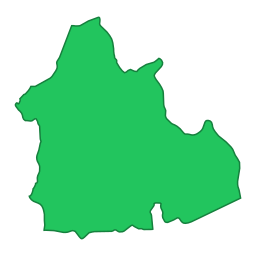 SVG path tracing the border of Nana-Mambéré
{"feature_id": "CAF-804", "entity_name": "Nana-Mambéré", "entity_type": "Prefecture", "adm_level": 1, "iso_a3": "CAF", "parent_name": "Central African Republic", "parent_adm1": "", "projection": "natural_earth1", "projection_center": [15.312, 5.849], "detail": "fine", "context": "isolated", "style": "filled", "palette": "green", "viewbox_px": 256, "rotation_deg": 0, "n_neighbors": 0, "source": "natural_earth", "source_scale": "10m", "svg_char_len": 3357}
<svg xmlns="http://www.w3.org/2000/svg" viewBox="0 0 256 256"><path d="M35.3,86.4L50.3,78.1L52.0,76.5L55.9,70.7L57.0,68.4L57.2,67.1L57.2,65.8L56.7,62.9L57.0,61.5L59.6,57.3L71.7,25.7L73.4,25.7L75.8,26.0L78.7,25.9L79.9,25.7L80.8,25.3L88.4,21.0L98.4,17.3L99.1,17.4L99.6,18.0L99.9,19.5L99.9,20.8L99.6,23.8L99.8,24.7L100.8,26.1L106.9,32.0L109.7,35.7L111.6,38.9L112.3,41.1L112.8,43.0L113.6,48.7L113.7,51.8L113.9,53.1L114.0,54.2L114.5,56.0L114.6,57.4L114.8,58.0L115.3,58.7L116.4,59.8L116.7,60.5L116.7,61.3L116.6,62.1L116.8,62.9L119.5,67.4L122.2,70.8L124.5,72.7L126.3,72.1L128.1,70.5L130.5,69.5L133.6,70.9L134.7,71.3L136.9,71.5L138.1,69.9L139.8,68.4L146.3,64.5L153.8,62.3L155.1,61.5L157.1,59.9L157.7,59.5L158.1,59.1L158.4,58.6L158.9,58.4L159.8,58.7L161.5,60.2L162.6,62.6L162.4,64.6L161.2,66.7L155.5,72.9L154.6,74.4L154.2,75.6L154.7,77.2L156.1,79.6L159.6,84.3L161.6,87.7L163.0,90.9L163.3,93.5L163.7,104.5L164.1,106.7L165.4,109.6L165.7,110.6L165.4,115.6L165.8,117.3L166.7,118.8L171.2,123.2L172.4,124.0L174.8,125.0L177.2,126.4L180.1,128.8L183.5,132.8L184.6,133.8L185.4,134.1L187.8,134.1L189.5,134.4L191.9,135.0L194.0,134.9L196.3,134.2L198.3,133.0L200.2,131.6L201.7,130.1L202.8,128.3L205.0,122.2L205.8,121.0L206.9,120.5L208.4,120.5L210.1,121.0L211.5,122.3L212.3,124.7L212.6,126.8L213.4,129.0L215.1,131.7L218.5,135.9L226.1,142.0L231.2,147.2L232.8,149.5L235.2,155.2L237.4,158.5L239.5,162.3L239.7,168.3L237.6,181.3L237.6,184.3L237.9,186.5L239.1,190.2L240.6,198.1L191.5,221.7L188.1,222.9L185.3,223.3L183.3,223.0L181.8,221.9L180.8,220.7L179.5,218.7L178.8,218.1L177.7,217.8L176.7,218.2L173.7,219.9L167.7,222.4L166.0,222.3L164.8,221.6L162.8,217.8L162.6,216.9L162.5,215.8L162.5,215.1L162.6,214.3L162.8,213.6L162.8,212.8L162.7,212.0L162.3,210.8L161.0,208.0L160.8,207.0L160.7,206.0L161.0,203.7L160.3,203.1L159.1,203.0L155.9,202.9L154.7,203.2L154.1,203.5L154.1,204.1L154.1,205.0L153.7,206.0L150.7,210.3L150.3,211.1L150.1,212.0L150.3,212.7L150.7,213.4L151.2,214.3L151.5,215.6L152.8,229.2L152.1,229.4L144.1,229.5L143.3,229.4L142.2,228.9L141.6,228.7L140.8,228.7L138.7,228.8L134.3,226.5L133.0,225.5L132.4,225.2L131.8,225.3L130.7,225.9L124.2,231.0L123.3,231.4L122.6,231.7L119.6,231.9L118.8,231.7L118.3,231.5L115.9,230.0L114.7,229.9L114.0,230.2L113.3,230.7L111.7,231.3L94.5,231.6L91.9,232.0L89.0,232.8L84.5,237.1L82.8,238.4L81.8,238.7L81.1,238.5L80.6,238.1L79.3,236.7L75.5,231.7L75.4,231.5L74.0,230.9L72.8,230.6L71.6,230.8L67.8,232.1L65.7,232.4L63.5,232.4L54.1,230.6L45.5,230.2L44.1,230.3L44.1,229.7L44.8,225.2L44.4,220.5L44.4,214.3L43.9,211.6L43.2,208.8L42.0,206.2L40.3,204.3L38.1,203.1L33.6,201.3L31.4,199.7L29.7,197.5L29.3,196.2L30.2,195.9L31.4,194.6L32.3,192.5L32.9,190.4L33.1,188.8L33.6,188.3L34.7,186.4L35.6,184.3L35.6,183.4L37.0,182.8L37.5,181.4L37.3,177.9L37.7,175.9L39.2,172.5L39.6,171.2L39.7,167.5L39.6,166.0L38.9,164.1L37.4,161.2L36.9,159.5L36.7,157.4L37.0,155.5L38.9,150.0L40.3,143.3L41.0,141.5L40.3,139.1L39.6,126.0L38.1,123.8L37.5,121.3L36.2,118.9L34.9,118.8L32.0,120.8L30.5,121.0L27.1,120.6L25.3,120.6L23.6,119.2L22.8,117.3L22.4,115.2L21.6,113.2L20.1,111.3L18.5,109.9L17.3,108.2L16.5,107.2L15.6,105.8L15.4,104.8L15.7,104.0L16.5,103.0L17.0,102.9L18.1,103.8L18.6,103.8L19.1,103.3L19.4,102.3L19.8,101.7L20.2,100.5L20.1,99.9L20.1,99.2L19.9,98.8L21.3,97.3L23.8,94.6L25.4,94.0L28.4,90.6L30.0,88.3L30.9,86.4L35.3,86.4Z" fill="#22c55e" stroke="#15803d" stroke-width="1.5"/></svg>